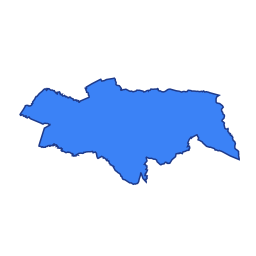 the district of Ocuituco, Morelos, Mexico, rotated 75°
{"feature_id": "50627088B33747024846778", "entity_name": "Ocuituco", "entity_type": "district", "adm_level": 2, "iso_a3": "MEX", "parent_name": "Mexico", "parent_adm1": "Morelos", "projection": "equal_earth", "projection_center": [-98.781, 18.879], "detail": "fine", "context": "isolated", "style": "filled", "palette": "blue", "viewbox_px": 256, "rotation_deg": 75, "n_neighbors": 0, "source": "geoboundaries", "source_scale": "gbopen_adm2", "svg_char_len": 5835}
<svg xmlns="http://www.w3.org/2000/svg" viewBox="0 0 256 256"><g transform="rotate(75 128 128)"><path d="M113.2,43.0L113.1,44.6L111.8,45.3L111.8,45.7L112.2,46.3L112.3,46.6L111.6,47.3L111.4,49.5L110.5,51.3L110.3,52.6L109.6,53.9L109.5,54.7L109.1,55.5L108.9,56.8L108.2,57.4L107.1,60.1L108.1,61.4L107.9,63.1L107.4,63.8L107.0,65.2L107.2,66.9L105.8,68.9L104.6,71.7L101.3,77.3L101.1,78.6L101.2,79.8L102.3,82.7L102.3,84.6L102.0,85.3L101.5,86.2L100.5,87.2L100.3,88.2L99.7,88.7L99.4,88.9L98.5,88.8L98.5,89.3L98.3,89.4L98.2,89.0L97.6,89.2L97.8,90.3L97.3,92.2L97.1,93.8L96.3,95.8L97.2,96.7L97.1,98.2L97.3,98.4L97.0,98.4L96.8,99.9L97.4,102.2L97.2,103.5L96.5,103.7L96.0,104.5L94.4,107.4L94.3,108.2L93.8,109.4L93.8,110.0L94.4,110.8L94.3,113.8L93.3,115.0L93.1,115.4L93.3,115.8L93.0,116.7L90.0,120.0L89.9,121.8L89.7,122.7L89.9,124.3L89.6,125.1L89.0,125.1L88.5,124.3L88.2,124.2L86.2,124.9L84.9,125.5L83.9,127.6L83.0,128.3L82.5,128.3L81.2,127.7L78.6,128.0L77.7,127.7L76.3,128.3L76.3,129.5L75.6,136.3L76.1,138.7L75.9,141.2L73.9,141.7L74.0,142.5L75.9,151.3L77.7,157.8L78.3,158.1L78.8,157.7L79.1,157.8L79.1,158.2L78.7,159.0L78.9,159.0L80.1,158.6L80.5,158.8L82.0,158.5L82.8,158.7L83.2,157.8L83.6,157.7L84.0,157.3L86.0,157.7L86.4,157.3L88.1,157.5L88.3,157.9L89.6,167.0L90.5,168.4L90.4,168.7L88.8,168.7L88.8,170.3L87.7,170.3L87.8,170.9L87.6,171.4L87.5,171.7L87.1,171.8L87.2,173.3L86.6,173.6L85.6,173.5L84.6,175.1L83.4,175.6L83.0,176.1L83.3,176.4L83.4,177.9L83.0,177.8L82.2,179.0L81.4,179.7L81.5,180.0L81.6,180.3L80.1,180.9L80.3,181.7L80.2,182.8L79.1,183.4L78.4,182.8L78.2,184.6L77.3,184.5L77.1,184.8L76.4,185.0L76.2,184.6L75.4,184.8L75.2,187.3L75.9,187.1L76.8,187.5L76.2,188.2L73.7,189.4L72.9,189.5L72.8,190.3L71.8,191.2L71.4,192.9L69.6,194.1L69.1,195.7L69.7,195.4L70.5,197.0L69.2,197.4L68.7,198.0L69.0,199.4L70.2,201.3L71.8,204.8L74.0,207.8L73.8,208.6L75.0,209.9L75.8,210.4L78.2,213.4L79.5,213.6L79.7,214.8L80.6,214.7L81.1,215.6L81.4,216.4L81.1,216.8L81.3,217.8L80.8,218.5L80.3,218.7L79.9,220.0L79.9,221.4L80.4,221.6L82.9,224.1L86.9,228.7L88.0,228.5L88.1,227.9L87.8,227.7L87.5,227.8L87.7,226.9L88.4,226.0L89.2,226.0L89.7,225.6L89.7,224.9L89.9,224.0L90.2,224.4L90.6,224.3L90.2,223.8L90.3,223.5L91.1,223.7L91.5,223.0L92.2,222.8L91.7,220.8L93.4,220.1L94.2,219.3L100.7,210.9L102.0,209.5L102.2,208.8L101.9,208.1L101.9,207.2L102.1,206.5L102.4,206.1L102.7,204.8L103.4,203.7L104.1,203.5L104.4,202.5L105.0,202.8L106.5,208.8L119.6,217.1L121.9,218.5L122.6,218.6L123.1,217.3L124.3,216.2L124.0,215.8L124.1,215.3L124.7,214.9L125.2,212.8L124.7,212.3L124.9,210.5L124.4,210.0L124.6,208.1L125.3,208.3L125.4,207.8L125.2,207.3L124.9,207.3L125.2,206.5L125.2,205.7L124.2,203.6L124.5,203.2L124.8,203.3L125.6,204.0L125.4,202.7L125.6,201.8L126.2,201.9L126.5,201.0L126.8,201.0L127.3,201.8L127.5,200.8L128.3,200.3L129.1,201.0L129.9,199.2L130.0,197.9L130.6,198.1L130.9,197.2L131.1,197.0L131.6,197.5L131.9,197.3L132.8,197.9L132.4,198.1L132.0,198.7L133.5,197.6L133.5,196.8L134.5,195.5L135.6,194.6L135.8,193.8L135.7,192.4L135.8,192.4L136.3,191.3L136.5,190.4L138.2,189.1L138.4,188.1L138.7,188.0L139.2,188.6L140.3,189.0L140.4,188.6L140.1,188.6L140.0,188.4L140.1,187.7L140.5,187.4L141.1,186.6L141.2,186.8L141.5,185.4L141.1,185.1L140.7,185.2L140.3,184.8L141.0,183.5L140.4,183.8L139.8,182.4L140.0,180.3L140.8,178.2L140.7,177.5L140.1,176.9L140.4,176.2L140.3,174.5L140.6,172.7L141.2,170.4L141.5,168.3L142.9,168.1L142.7,165.8L144.4,165.0L145.6,165.3L146.2,165.1L146.8,165.4L149.1,165.2L149.6,164.8L148.6,160.7L149.1,160.4L149.9,159.3L150.1,159.3L150.4,159.1L150.7,159.3L150.7,158.8L150.9,158.4L152.7,157.3L152.9,156.5L153.5,157.2L154.0,157.0L154.7,155.2L155.2,155.4L156.0,155.0L157.1,155.2L158.4,154.5L159.0,154.6L159.5,153.5L160.3,153.1L161.2,151.9L161.7,151.7L161.9,152.2L165.7,151.3L167.4,149.9L168.2,149.5L169.9,147.9L170.8,147.4L172.8,147.3L173.2,146.6L175.0,146.5L176.3,146.1L177.2,144.4L181.4,140.6L182.0,138.9L183.3,137.9L183.8,137.2L183.6,136.5L184.1,135.2L183.9,134.1L184.0,133.1L182.6,131.6L180.4,130.5L176.8,128.2L174.8,127.4L175.0,127.0L180.7,126.6L185.0,124.4L184.8,124.3L183.4,124.4L182.8,125.0L182.0,124.6L182.3,123.5L181.4,122.5L180.9,122.5L180.7,122.8L179.3,121.9L179.1,122.7L178.5,123.2L178.3,123.9L176.7,123.1L176.9,122.7L175.6,122.0L175.6,121.6L173.6,120.1L172.6,121.4L171.5,120.1L169.6,119.6L169.5,120.2L168.5,120.3L168.0,120.8L167.5,120.8L167.3,121.5L166.4,120.6L164.9,118.3L164.3,118.1L163.3,118.2L161.3,118.1L161.0,117.7L162.8,115.4L163.4,113.0L164.8,111.2L165.1,110.0L166.3,108.7L168.1,108.6L171.7,106.3L172.1,105.7L171.7,104.5L171.9,103.2L171.7,102.7L171.9,102.4L170.7,100.8L171.4,99.4L172.2,99.4L172.6,98.5L172.6,97.3L172.8,97.3L172.9,96.8L170.0,93.7L168.0,89.5L165.6,88.4L165.4,88.1L165.5,85.2L165.8,85.6L165.9,85.1L165.8,83.5L166.8,82.2L165.3,81.0L165.4,79.2L165.2,77.9L164.9,77.1L165.2,75.6L165.0,75.4L165.1,75.1L164.5,74.9L164.7,74.5L164.2,74.3L163.3,73.5L161.5,73.4L161.4,75.4L158.9,73.4L158.0,74.2L154.9,71.8L153.3,69.6L154.2,69.4L153.5,68.2L152.4,63.4L152.5,63.1L154.1,62.9L155.8,62.3L157.5,63.4L158.7,61.8L160.8,59.8L161.7,59.6L166.0,56.9L167.7,54.2L167.8,53.4L170.1,50.1L170.6,49.7L171.9,49.5L171.9,48.5L173.2,47.0L173.5,46.0L173.3,45.7L175.0,43.3L181.4,36.5L187.3,28.8L186.6,28.6L182.9,28.3L181.9,27.8L181.0,27.8L179.4,27.3L178.1,27.9L176.1,29.6L175.1,30.0L173.0,29.5L170.8,28.3L168.7,28.5L167.2,29.6L165.0,29.7L164.2,29.2L163.4,29.4L162.5,30.1L161.9,29.8L161.4,30.9L161.0,31.1L160.4,31.0L160.1,30.6L159.8,30.7L159.5,31.6L158.2,31.8L157.2,32.5L154.8,31.5L154.4,31.6L154.8,32.4L154.2,33.8L153.4,34.5L149.8,34.4L148.8,34.1L148.2,33.6L147.0,34.2L145.9,35.3L144.9,35.2L144.1,34.1L143.5,32.9L141.6,31.8L140.6,31.6L139.9,31.9L139.5,32.5L137.0,32.6L136.4,33.1L135.0,33.0L134.1,32.8L132.5,30.6L130.9,31.0L128.1,33.1L127.0,35.5L125.8,36.2L122.6,35.4L120.9,34.2L120.0,31.5L114.8,40.4L114.5,40.6L113.2,43.0Z" fill="#3b82f6" stroke="#1e3a8a" stroke-width="1.5"/></g></svg>